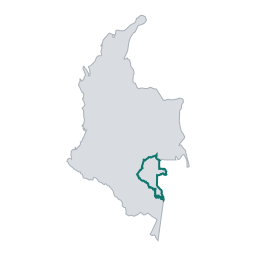 Colombia, with Vaupés highlighted
{"feature_id": "COL-1426", "entity_name": "Vaupés", "entity_type": "Commissiary", "adm_level": 1, "iso_a3": "COL", "parent_name": "Colombia", "parent_adm1": "", "projection": "equal_earth", "projection_center": [-70.34, 0.431], "detail": "fine", "context": "in_parent", "style": "outline", "palette": "teal", "viewbox_px": 256, "rotation_deg": 0, "n_neighbors": 0, "source": "natural_earth", "source_scale": "10m", "svg_char_len": 8365}
<svg xmlns="http://www.w3.org/2000/svg" viewBox="0 0 256 256"><path d="M144.5,23.0L142.4,24.2L138.1,25.6L135.2,31.9L133.3,33.0L130.8,36.8L129.0,41.4L127.6,50.8L124.0,58.9L124.3,59.2L125.7,58.9L127.1,58.0L127.6,58.2L128.1,59.6L129.7,60.0L131.0,66.5L133.5,69.8L133.7,71.1L134.1,73.8L133.2,75.4L132.9,81.4L133.7,82.8L135.5,83.4L136.8,87.1L137.6,88.0L138.7,88.6L141.4,88.0L146.4,88.6L147.5,88.5L150.3,87.2L153.8,88.8L156.4,89.1L163.4,100.3L164.1,100.0L165.0,100.6L166.8,99.5L168.3,99.3L170.4,99.8L173.0,99.8L178.4,98.7L179.2,98.0L182.1,98.7L183.0,99.5L183.4,101.6L183.0,102.9L182.0,104.2L181.5,105.9L181.4,107.9L180.8,109.4L179.9,110.4L179.5,111.8L179.7,113.7L179.2,122.2L179.7,122.9L180.0,126.3L181.2,130.9L181.8,132.2L182.8,133.2L184.7,136.9L184.3,138.2L179.5,144.0L179.2,145.4L180.2,144.8L181.6,145.4L182.2,146.8L185.7,150.8L185.7,152.4L186.7,155.4L186.6,156.1L189.0,164.8L189.1,166.7L187.1,167.2L187.0,161.3L186.7,160.1L184.3,155.0L183.8,154.5L182.3,155.1L179.7,159.0L178.5,159.5L177.5,159.0L176.5,156.7L175.9,156.3L175.2,158.2L176.0,159.9L164.5,159.9L162.3,159.2L159.2,160.1L159.2,168.9L164.6,169.0L166.1,171.5L166.0,173.6L166.2,174.3L164.9,174.7L163.0,173.3L159.6,175.0L157.1,175.4L157.0,185.1L158.5,187.5L161.4,190.1L161.8,191.9L161.6,193.6L162.3,195.7L163.2,196.8L163.2,198.0L163.7,199.4L158.0,240.6L156.0,238.1L155.3,235.9L154.3,234.9L152.4,235.6L150.3,234.5L156.9,220.5L156.7,219.3L151.2,215.8L150.6,215.0L147.9,213.2L146.5,213.7L145.7,214.6L143.6,214.9L142.0,213.4L140.1,212.4L137.7,214.8L137.0,214.7L135.4,215.8L133.6,216.2L131.3,215.1L129.4,215.8L128.1,215.7L127.6,215.0L126.0,214.1L125.8,213.2L126.2,211.4L125.5,208.0L125.3,207.5L124.0,207.4L122.5,206.2L122.2,205.5L122.5,204.1L122.3,202.9L120.8,200.2L118.8,199.5L116.9,197.2L115.0,196.4L114.1,194.8L113.2,191.1L111.2,188.3L109.8,187.3L109.4,185.9L107.9,185.8L106.0,183.9L105.1,183.8L104.5,184.7L102.7,183.8L101.2,182.4L99.6,182.0L98.5,181.2L96.6,178.5L94.6,177.3L93.4,177.7L93.0,179.7L92.3,180.0L90.0,179.5L89.6,180.0L89.0,179.9L86.1,178.4L83.3,177.9L82.5,174.6L80.7,173.4L80.2,171.9L78.9,172.0L74.0,169.0L72.0,167.0L70.3,165.8L68.5,163.5L68.2,162.6L66.9,161.2L67.6,159.5L69.2,158.2L71.4,159.2L71.7,157.2L70.9,155.4L71.3,151.3L71.8,150.4L73.0,149.6L73.8,149.9L74.2,149.2L76.0,149.5L76.5,149.2L77.9,147.6L78.5,146.3L79.1,146.4L80.5,144.2L80.3,142.0L81.7,141.5L83.1,137.9L83.7,137.8L84.0,136.1L86.5,130.2L85.6,130.9L84.7,130.5L84.8,128.5L84.5,128.2L83.7,129.8L83.0,128.2L83.2,125.7L82.1,126.1L82.1,125.6L83.8,123.6L84.5,119.3L83.9,117.7L83.6,111.1L83.3,109.9L82.0,108.2L84.1,106.3L84.9,104.9L84.0,102.0L82.7,99.6L82.7,98.1L83.4,98.2L83.8,94.2L83.1,92.6L82.2,92.6L79.4,86.6L78.5,85.3L79.2,82.5L80.1,81.2L79.9,79.0L80.5,79.1L81.6,81.1L82.1,80.8L84.0,78.9L84.1,77.2L85.6,75.3L83.5,69.2L82.8,68.2L83.7,66.3L84.2,66.4L85.0,68.3L86.3,69.5L88.2,73.0L89.0,73.7L88.4,74.5L88.3,75.3L88.6,75.8L89.7,75.9L90.1,74.9L89.9,70.8L89.4,68.7L88.4,67.2L88.7,66.6L90.7,65.6L94.9,61.6L96.3,57.9L97.4,56.5L98.6,55.7L100.1,55.9L101.3,55.4L101.6,54.2L100.9,51.6L101.8,48.1L101.8,46.3L102.3,45.2L102.1,44.8L100.6,46.1L102.2,43.6L103.3,39.8L109.3,33.1L113.2,34.7L114.5,34.6L112.8,35.4L112.6,36.4L113.2,37.4L113.7,37.7L114.3,37.1L115.6,33.2L115.8,31.0L116.4,30.3L117.2,30.0L121.0,30.9L124.6,30.6L130.5,25.0L135.0,22.6L136.1,20.3L136.4,18.6L137.2,18.0L138.0,18.0L138.6,17.0L140.6,15.5L142.8,15.4L145.1,16.7L146.2,19.0L146.3,20.5L144.5,23.0ZM76.1,148.8L75.8,149.1L75.3,148.5L75.1,147.9L75.4,147.4L75.8,147.5L76.1,148.8Z" fill="#d9dde1" stroke="#a8b0b8" stroke-width="1"/><path d="M159.3,160.1L159.1,160.1L159.2,160.6L159.2,168.9L159.4,168.9L159.8,168.5L160.1,168.4L160.3,168.5L160.4,168.8L160.5,168.9L161.5,168.7L162.2,168.9L162.3,168.9L162.6,168.9L162.9,168.9L163.0,168.9L163.2,169.0L163.3,169.1L163.4,169.3L163.5,169.3L164.0,168.8L164.3,168.8L164.8,169.2L165.0,169.3L165.2,169.6L165.3,169.7L165.4,169.8L165.4,170.0L165.5,170.3L165.6,170.9L165.8,171.1L166.0,171.3L166.2,171.5L166.0,171.8L166.0,172.1L166.1,172.7L166.1,173.0L165.9,173.2L165.8,173.3L165.8,173.5L166.1,173.8L166.3,174.2L166.4,174.4L166.3,174.6L166.1,174.7L165.8,174.6L165.7,174.6L165.5,174.8L165.3,174.9L164.9,174.8L164.8,174.5L164.7,174.3L164.3,174.4L164.1,174.5L163.3,173.5L163.1,173.4L162.9,173.3L162.7,173.3L162.5,173.5L162.2,173.7L162.0,173.8L161.8,173.9L161.7,174.2L161.5,174.4L161.2,174.3L160.9,174.1L160.4,174.6L160.0,174.8L159.6,175.0L159.2,175.1L158.6,175.2L158.4,175.2L158.2,175.3L157.9,175.2L157.7,175.2L157.5,175.4L157.3,175.4L157.1,175.3L157.0,183.9L156.9,184.9L157.0,185.4L157.1,185.7L157.5,186.3L158.0,186.9L158.3,187.4L158.4,187.5L158.5,187.6L158.9,187.7L159.1,187.9L159.2,188.0L159.3,188.3L159.5,188.5L159.8,188.8L160.1,189.2L160.2,189.4L161.0,189.8L161.4,190.1L161.5,190.3L161.6,190.6L161.6,190.9L161.6,191.3L161.7,191.5L161.8,191.7L161.8,191.8L161.9,192.0L161.8,192.3L161.5,192.9L161.4,193.2L161.5,193.5L161.9,194.1L162.0,194.3L162.0,194.6L162.1,194.9L162.1,195.0L162.3,195.1L162.3,195.3L162.4,195.5L162.4,195.9L162.5,196.0L162.8,196.2L163.0,196.6L163.3,196.8L163.3,197.5L163.2,197.9L163.2,198.0L163.6,198.9L163.7,199.3L163.5,200.0L163.2,199.5L163.1,199.3L163.1,199.2L162.9,199.2L162.1,198.7L161.9,198.6L161.4,199.0L161.2,199.0L161.1,198.7L161.2,198.2L161.3,197.8L161.2,197.5L161.1,197.3L160.7,196.8L160.5,196.7L160.4,196.7L160.2,196.8L160.1,197.3L159.8,197.4L159.3,197.1L159.1,197.1L158.9,197.3L158.7,197.4L158.6,197.6L158.4,197.5L158.2,197.4L158.2,197.2L158.4,196.8L158.4,196.7L158.4,196.4L158.6,196.2L158.7,195.9L158.7,195.7L158.4,195.7L158.1,195.9L157.7,195.7L157.6,195.8L157.5,196.0L157.3,196.1L157.2,196.1L157.0,195.9L156.9,195.9L156.7,196.0L156.4,196.4L156.6,196.8L156.8,197.0L157.0,197.4L156.9,197.6L156.7,197.8L156.3,197.8L155.8,197.2L155.7,197.1L155.7,196.9L155.9,196.6L155.9,196.4L155.8,196.2L155.7,196.3L155.4,196.6L155.1,196.4L154.9,196.1L154.9,195.9L154.9,195.7L155.0,195.5L155.3,195.3L155.5,194.8L155.3,194.4L155.0,193.9L154.9,193.4L155.0,193.3L155.2,193.1L155.3,193.0L155.3,192.8L155.2,192.4L155.2,192.2L155.2,191.9L155.3,191.4L155.3,191.1L155.2,190.9L155.1,190.7L154.9,190.7L154.7,190.8L154.6,190.5L154.8,190.1L155.5,189.3L155.6,189.1L155.3,188.8L155.1,188.7L154.9,188.7L154.7,188.8L154.4,189.1L154.4,189.5L154.1,189.7L153.6,189.5L153.2,189.5L153.1,189.4L153.2,189.2L153.1,188.8L153.0,188.5L152.8,188.3L152.6,188.1L152.0,188.1L151.8,188.0L151.6,187.7L151.4,187.6L151.1,187.6L150.9,187.6L150.6,187.2L150.2,187.0L149.9,187.3L149.9,187.5L149.6,187.6L149.2,187.6L148.9,186.8L148.6,185.9L148.2,185.2L148.3,184.9L148.3,184.6L148.3,184.4L148.3,184.2L148.2,184.0L147.9,183.4L147.8,183.2L147.7,183.1L147.3,183.2L147.2,183.3L147.0,183.2L146.6,182.9L146.4,182.9L146.2,182.7L146.0,181.9L145.9,181.7L145.7,181.7L145.3,181.9L145.1,181.9L144.9,181.9L144.6,181.7L144.1,181.0L143.7,180.9L143.5,180.7L143.4,180.6L143.1,180.7L143.0,180.8L142.9,180.8L142.7,180.7L142.4,180.7L142.3,180.8L142.2,180.8L141.7,180.4L140.7,179.7L140.4,179.1L140.2,178.9L139.9,178.7L139.8,178.4L139.7,178.2L139.3,178.4L139.1,178.4L139.0,178.2L139.1,177.8L139.1,177.6L138.9,177.3L138.5,177.0L138.2,176.6L138.2,176.3L138.3,176.1L138.3,175.9L138.2,175.7L138.0,175.4L137.9,175.4L137.8,175.5L137.6,175.4L137.5,175.2L137.5,174.6L137.4,174.3L137.2,174.2L139.1,171.6L139.4,171.2L139.7,170.8L139.8,170.6L139.9,170.4L140.0,170.1L140.2,169.9L140.3,169.9L140.5,169.9L140.6,170.0L140.9,169.9L141.3,169.3L141.5,169.1L141.6,168.9L141.7,168.6L141.7,168.4L141.7,168.1L141.8,168.0L142.0,168.0L142.0,167.9L142.0,167.6L142.2,167.8L142.2,168.0L142.3,168.1L142.5,168.1L142.5,167.8L142.4,167.7L142.2,167.2L142.1,166.7L142.1,166.3L142.1,166.1L142.2,165.9L142.6,164.4L142.7,164.0L142.8,163.7L142.9,163.4L143.1,162.7L143.2,162.2L143.3,162.0L143.5,161.6L143.6,161.3L143.7,160.9L143.7,159.7L143.9,159.7L144.1,160.0L144.5,160.2L144.7,160.5L144.8,160.5L145.0,160.5L145.1,160.4L145.4,160.2L145.5,159.9L146.0,159.4L146.8,158.8L147.4,158.6L147.7,158.3L148.0,158.1L148.4,157.6L148.5,157.3L148.6,157.2L148.8,157.3L149.7,157.2L150.1,157.3L150.2,157.2L150.3,157.3L150.5,157.4L150.6,157.5L150.8,157.5L151.1,157.4L151.4,157.2L152.1,157.0L152.3,156.9L152.7,156.8L152.8,156.7L153.0,156.4L153.6,156.2L153.8,156.2L154.1,156.1L154.3,156.1L154.6,155.9L155.1,155.8L155.7,155.7L155.8,155.6L156.0,155.5L156.2,155.2L156.6,154.7L156.6,155.3L156.5,156.0L156.1,157.4L156.0,157.7L156.1,157.9L157.2,159.1L157.7,159.4L158.0,159.6L158.5,159.6L158.9,159.8L159.2,160.0L159.3,160.1Z" fill="none" stroke="#0f766e" stroke-width="2"/></svg>